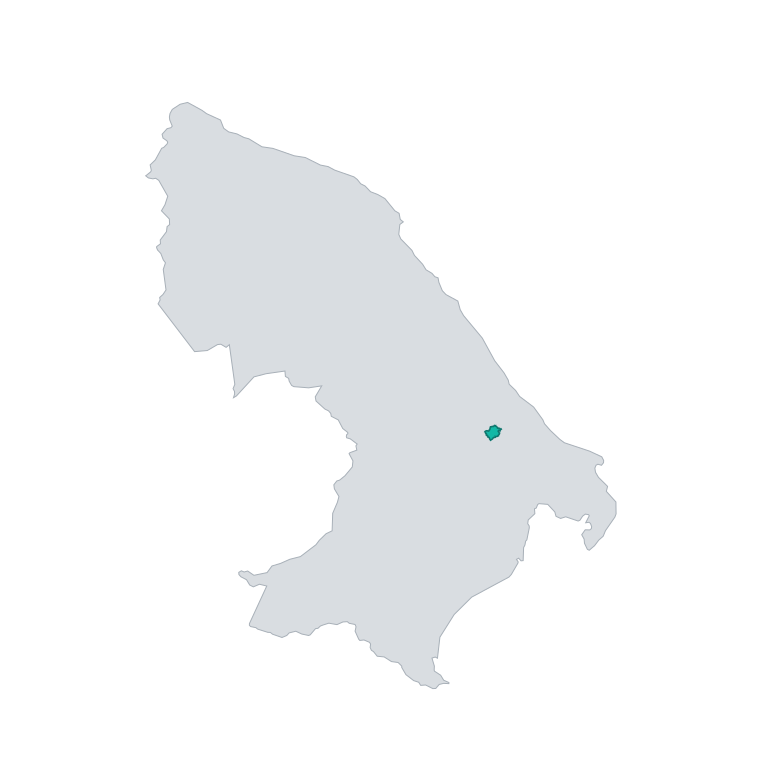 San Marcos, Cajamarca, Peru (highlighted), rotated 171°
{"feature_id": "86281439B35879365662070", "entity_name": "San Marcos", "entity_type": "district", "adm_level": 2, "iso_a3": "PER", "parent_name": "Peru", "parent_adm1": "Cajamarca", "projection": "albers", "projection_center": [-78.029, -7.273], "detail": "fine", "context": "in_parent", "style": "filled", "palette": "teal", "viewbox_px": 768, "rotation_deg": 171, "n_neighbors": 0, "source": "geoboundaries", "source_scale": "gbopen_adm2", "svg_char_len": 6529}
<svg xmlns="http://www.w3.org/2000/svg" viewBox="0 0 768 768"><g transform="rotate(171 384 384)"><path d="M557.1,218.5L556.9,220.7L554.1,221.8L551.6,220.2L547.9,220.6L542.4,215.4L529.0,216.0L523.1,221.8L514.2,223.0L504.5,225.6L493.6,226.6L476.3,235.9L472.4,239.7L464.6,245.2L458.2,247.1L454.9,264.3L448.6,274.3L446.1,279.9L449.4,288.2L449.3,292.3L445.8,295.6L442.9,296.0L437.0,299.4L428.3,307.0L426.7,312.9L429.4,320.7L428.4,321.5L421.2,322.9L421.4,327.3L419.9,328.9L425.9,335.1L429.3,336.7L429.4,338.2L428.8,339.8L427.5,340.5L427.4,341.8L431.7,346.5L434.8,355.7L441.1,360.3L441.2,363.3L443.0,366.2L446.3,368.5L453.8,377.8L453.9,382.1L445.8,391.9L459.0,392.0L473.5,395.5L475.5,397.1L477.2,401.6L477.3,404.5L480.2,406.9L479.8,412.3L498.9,412.6L511.3,411.4L531.6,395.3L534.8,394.0L533.1,397.5L532.8,400.1L533.8,403.0L531.4,407.0L530.6,447.0L534.2,444.9L538.9,448.8L542.2,449.0L553.3,444.7L566.0,445.6L594.6,498.5L592.0,502.0L592.0,504.6L588.4,506.9L584.6,511.0L584.1,531.7L580.9,537.9L582.6,541.2L584.0,547.8L586.7,551.8L587.3,554.4L587.0,555.3L582.8,557.5L582.5,561.2L575.0,568.5L573.6,573.4L570.8,575.0L570.2,580.6L576.7,589.9L572.3,595.3L568.2,603.3L574.6,620.4L577.3,622.9L580.2,622.8L584.5,624.4L586.8,626.9L581.3,630.0L580.4,631.4L580.7,637.0L574.8,641.1L566.7,651.6L564.6,652.1L560.5,655.2L559.8,656.8L560.5,658.3L563.8,661.5L564.1,665.4L558.3,670.1L554.3,670.5L552.8,671.8L554.3,678.3L554.2,681.3L553.0,684.7L550.1,688.4L541.6,692.2L533.9,692.8L521.0,682.8L517.0,678.8L504.2,670.3L502.3,661.6L498.0,657.3L490.1,654.0L483.8,649.4L479.1,647.3L467.5,637.4L456.9,634.1L437.1,623.5L426.3,620.0L412.6,610.2L405.2,607.5L399.3,603.0L381.3,593.3L378.4,590.2L375.7,585.4L371.7,582.5L367.2,576.0L360.5,572.1L354.1,567.0L346.2,553.4L342.4,550.2L342.2,544.0L339.6,541.1L343.4,539.1L346.0,529.5L344.7,524.6L335.5,511.6L333.8,506.2L327.1,496.2L324.6,490.2L319.3,485.8L317.0,482.0L314.0,480.4L313.9,475.8L311.8,467.0L308.8,462.6L298.1,454.4L297.1,445.4L294.7,439.1L279.7,413.9L271.0,389.6L263.7,376.2L260.7,368.4L260.4,364.2L255.0,357.0L252.0,350.5L239.8,337.8L232.7,323.8L231.7,319.6L226.8,311.9L219.0,301.8L215.1,297.8L191.4,285.5L180.3,278.0L179.0,274.1L179.5,271.9L181.9,269.7L185.3,271.3L187.3,270.6L188.9,267.9L188.9,263.7L186.8,258.3L179.2,247.9L181.2,243.2L173.4,231.2L175.1,219.4L176.8,216.4L188.2,204.5L191.3,199.4L196.3,196.2L201.3,191.4L207.3,187.7L209.0,188.9L210.9,195.3L210.6,199.5L212.3,204.2L208.1,208.5L203.6,207.7L201.8,208.7L201.2,210.7L201.9,214.0L203.1,215.3L206.5,215.4L201.9,221.7L202.3,222.9L205.5,224.0L208.5,222.4L211.8,218.8L213.7,218.3L225.3,224.4L230.6,223.6L234.8,226.4L235.3,230.9L241.1,239.5L249.7,241.6L251.1,240.9L253.0,237.7L254.9,237.2L255.3,232.3L262.8,227.2L263.9,223.6L262.8,221.1L263.0,219.2L267.3,207.7L268.7,206.6L270.0,202.9L271.7,200.6L274.2,187.8L276.3,187.9L278.3,190.9L280.6,190.1L279.3,187.3L279.7,186.2L288.0,176.0L290.7,173.8L330.7,159.8L350.7,145.4L368.4,125.2L374.1,104.8L376.1,106.3L379.5,105.8L378.4,97.5L379.2,93.6L379.1,92.5L373.6,87.5L371.4,82.1L366.6,79.0L366.8,77.9L371.9,79.0L376.5,78.6L380.5,75.2L383.4,75.5L390.0,80.2L394.9,80.6L396.4,84.0L401.1,86.4L407.8,93.5L410.8,101.2L410.6,102.6L413.6,106.7L420.1,108.7L426.5,114.4L433.3,116.2L436.2,121.3L438.1,123.0L438.9,125.9L437.9,129.3L438.8,131.2L443.8,134.3L448.0,134.5L448.9,135.9L451.2,144.4L449.6,148.6L450.2,151.0L455.8,153.1L457.4,155.0L461.8,155.4L468.1,153.7L475.9,156.4L481.9,155.5L484.7,154.9L487.5,153.0L489.9,153.1L496.1,147.8L497.8,147.4L504.3,149.9L509.8,153.6L516.6,153.0L519.4,150.8L524.4,149.6L533.2,154.3L535.1,156.4L537.6,156.9L547.0,161.6L548.7,163.4L553.7,165.3L554.7,166.7L554.4,168.4L531.4,202.8L538.3,205.7L544.8,204.1L548.1,206.5L550.4,212.2L555.5,216.0L557.1,218.5Z" fill="#d9dde1" stroke="#a8b0b8" stroke-width="1"/><path d="M287.6,311.7L287.4,311.8L287.2,311.9L287.1,312.0L286.9,312.1L286.7,312.2L286.4,312.3L286.2,312.4L285.9,312.5L285.7,312.7L285.5,312.8L285.4,312.8L285.2,313.0L285.0,313.3L284.9,313.3L284.8,313.5L284.7,313.6L284.4,313.8L284.2,314.0L283.8,314.0L283.7,313.9L283.4,313.9L283.3,314.0L283.1,314.0L283.0,313.9L282.7,313.9L282.4,313.9L282.2,314.1L282.1,314.4L282.1,314.5L282.0,314.4L281.9,314.4L281.8,314.5L281.6,314.5L281.4,314.5L280.9,314.6L280.5,314.7L280.1,314.5L279.9,314.6L279.7,314.6L279.5,314.8L279.6,315.0L279.4,315.2L279.2,315.2L279.3,315.4L279.2,315.5L278.7,315.9L278.4,316.1L278.3,316.3L278.1,316.4L278.0,316.5L277.9,316.5L277.7,316.9L277.7,317.0L277.5,317.3L277.5,317.5L277.8,317.5L278.0,317.9L278.2,318.4L278.7,319.5L278.5,319.8L278.3,320.0L278.2,320.1L278.0,320.3L277.9,320.2L277.7,320.1L277.4,320.0L277.2,319.9L277.1,319.7L276.9,319.5L276.8,319.4L276.6,319.7L276.5,320.0L276.4,320.2L276.3,320.3L276.2,320.4L276.2,320.5L276.3,320.5L276.0,320.8L275.9,320.8L275.6,320.8L275.4,320.9L275.2,321.0L275.3,321.2L275.5,321.0L275.8,321.3L276.0,321.4L276.3,321.6L276.5,321.6L276.7,321.8L276.7,322.1L276.9,322.2L277.2,322.3L277.3,322.3L277.6,322.4L278.0,322.4L278.1,322.5L278.4,322.6L278.6,322.6L278.5,322.8L278.6,323.2L278.6,323.3L278.8,323.5L279.0,323.6L279.2,323.9L279.3,324.0L279.7,324.4L279.8,324.6L280.0,324.7L280.0,324.8L280.1,325.0L280.3,325.0L280.3,325.3L280.5,325.2L280.8,325.3L281.0,325.4L281.0,325.5L281.3,325.6L281.5,325.8L281.6,325.7L281.8,325.4L282.0,325.2L282.3,325.1L282.5,325.1L282.8,324.9L282.9,325.0L283.0,324.9L283.3,325.0L283.6,325.1L283.8,325.2L284.0,325.2L284.3,325.1L284.5,324.9L284.7,325.0L284.8,325.0L285.1,325.0L285.3,325.1L285.5,325.1L285.7,324.9L285.8,324.8L285.8,324.7L285.9,324.2L286.0,324.1L286.0,323.8L286.0,323.7L286.3,323.4L286.4,323.2L286.5,322.9L286.5,322.6L286.7,322.4L286.8,322.3L286.8,322.2L287.0,322.0L287.3,322.0L287.3,321.9L287.5,321.7L287.6,321.4L287.8,321.2L288.0,321.2L288.3,321.2L288.5,321.1L288.8,321.3L288.9,321.5L289.1,321.5L289.4,321.7L289.6,321.8L289.9,321.8L290.0,321.8L290.0,321.7L290.3,321.7L290.5,321.7L290.8,321.6L291.0,321.6L291.4,321.4L291.5,321.4L291.7,321.2L291.4,321.1L291.4,320.7L291.5,320.5L291.5,320.4L291.5,320.2L291.5,319.9L291.4,319.7L291.3,319.4L291.2,319.2L290.9,319.2L290.7,319.1L290.8,318.7L290.7,318.6L290.6,318.1L290.7,317.9L290.8,317.7L291.0,317.6L290.9,317.4L290.7,317.3L290.5,317.2L290.3,317.2L290.2,317.1L289.9,317.0L289.8,316.9L289.9,316.7L289.8,316.3L289.9,316.2L289.7,316.0L289.7,315.9L289.7,315.7L289.4,315.7L289.3,315.4L289.4,315.2L289.1,315.1L288.9,315.0L288.7,314.9L288.4,314.7L288.4,314.4L288.4,314.2L288.4,313.9L288.3,313.7L288.3,313.4L288.3,313.1L288.2,313.0L288.0,312.9L287.9,312.7L287.8,312.3L287.7,312.2L287.7,311.9L287.6,311.7Z" fill="#14b8a6" stroke="#0f766e" stroke-width="1.5"/></g></svg>